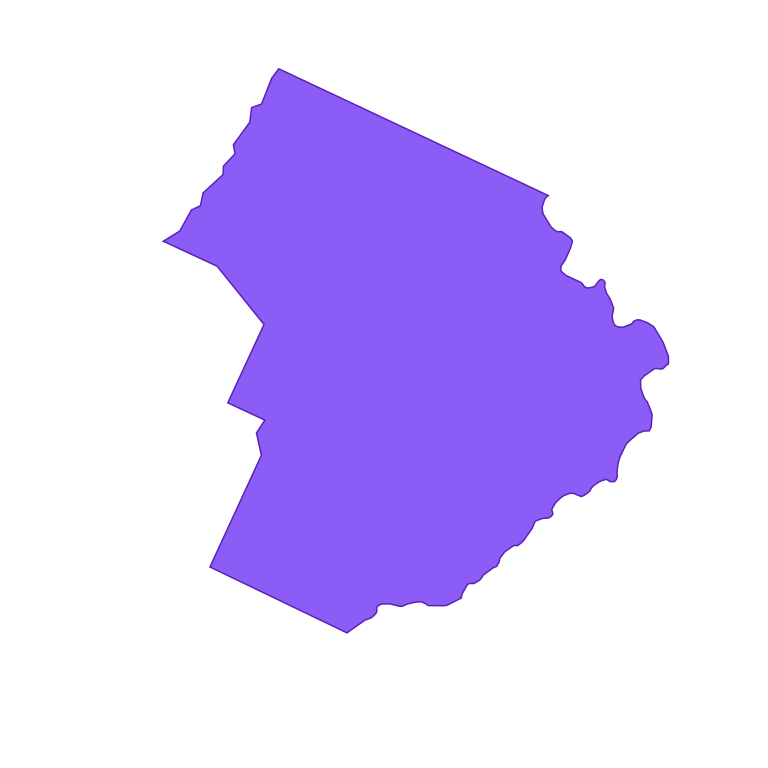 outline of Washington, Idaho, United States of America, rotated 205°
{"feature_id": "52423323B25623901104866", "entity_name": "Washington", "entity_type": "district", "adm_level": 2, "iso_a3": "USA", "parent_name": "United States of America", "parent_adm1": "Idaho", "projection": "natural_earth1", "projection_center": [-117.012, 44.496], "detail": "fine", "context": "isolated", "style": "filled", "palette": "violet", "viewbox_px": 768, "rotation_deg": 205, "n_neighbors": 0, "source": "geoboundaries", "source_scale": "gbopen_adm2", "svg_char_len": 2391}
<svg xmlns="http://www.w3.org/2000/svg" viewBox="0 0 768 768"><g transform="rotate(205 384 384)"><path d="M136.2,520.1L134.9,521.9L134.8,522.8L137.9,529.3L148.3,539.4L151.1,541.4L163.7,549.9L171.0,550.9L178.6,550.3L181.3,549.5L183.8,547.0L184.3,546.1L184.6,544.2L185.5,542.5L191.0,536.8L192.6,535.9L196.2,534.6L198.3,534.6L200.3,535.2L201.3,536.0L203.4,538.2L205.6,541.4L206.1,542.5L207.6,548.9L208.4,550.3L214.5,556.2L220.6,560.3L225.0,565.0L226.6,569.5L228.5,570.7L230.2,570.9L231.8,570.3L232.7,568.7L234.5,561.1L238.0,558.3L240.2,557.0L242.6,556.9L243.9,557.1L246.7,558.8L248.5,559.3L257.3,559.3L265.1,559.3L271.2,561.1L272.5,563.1L273.3,566.1L272.2,572.9L272.4,585.5L273.5,593.0L275.9,594.8L276.9,595.2L286.8,597.2L288.1,596.9L290.7,595.5L293.5,595.3L299.1,597.0L311.6,605.4L313.1,607.2L315.5,611.2L316.4,618.9L316.3,620.4L315.4,623.0L314.7,624.2L560.8,625.0L612.6,625.2L615.0,613.7L613.3,586.0L620.8,578.6L616.3,564.6L621.6,537.2L616.3,529.7L621.6,513.7L618.4,505.7L628.7,480.8L625.7,468.0L632.1,460.3L633.7,436.4L644.4,420.1L584.9,420.2L517.9,387.2L517.6,300.9L476.7,300.9L478.9,285.7L465.0,267.6L464.4,144.6L312.4,142.8L309.7,147.5L301.6,161.8L297.4,166.0L295.8,168.5L294.4,172.7L294.3,174.1L294.7,175.7L296.0,178.1L296.0,178.9L295.4,180.8L293.8,183.1L292.7,183.8L285.9,187.2L276.1,189.1L273.9,190.0L272.8,191.0L270.1,194.2L265.3,198.1L262.2,200.3L258.4,202.3L254.5,202.5L250.2,201.9L236.7,208.0L233.4,210.1L223.5,222.7L224.5,226.5L223.7,237.0L222.6,239.1L218.0,241.3L214.2,247.1L213.4,250.9L213.3,252.7L207.5,263.4L204.9,266.3L204.4,271.4L205.4,275.1L203.6,283.1L198.1,292.5L194.5,294.1L192.8,297.4L191.3,301.2L188.7,315.8L189.0,322.8L188.3,324.4L183.9,328.8L181.6,330.3L179.2,331.4L177.2,333.4L176.0,336.4L176.2,337.9L179.0,341.3L178.3,349.4L175.5,356.1L173.7,359.1L169.0,363.8L165.6,365.0L157.6,365.3L155.5,367.9L153.1,372.0L152.1,374.4L152.2,376.6L151.6,379.1L150.6,381.4L147.3,386.9L142.5,391.4L141.3,391.6L138.4,391.0L134.1,392.7L133.6,393.7L133.1,395.7L133.2,397.3L133.9,399.6L135.5,402.2L138.0,410.0L138.8,413.7L139.3,417.7L139.1,432.2L137.3,436.8L133.3,445.8L132.5,447.3L128.1,451.5L123.8,453.6L123.6,457.5L128.0,469.5L131.9,473.6L138.0,479.1L141.5,480.8L143.5,482.5L148.8,488.0L149.5,488.7L153.0,495.6L153.0,496.7L152.0,500.4L151.7,501.1L145.5,512.0L144.3,512.9L138.9,514.8L138.1,515.4L137.5,516.1L136.2,520.1Z" fill="#8b5cf6" stroke="#5b21b6" stroke-width="1.5"/></g></svg>